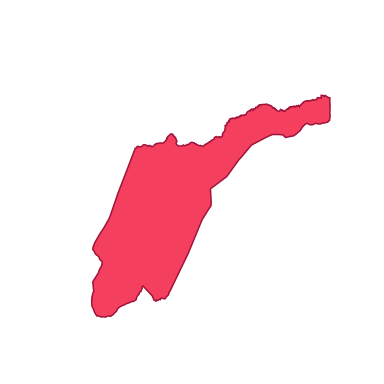 outline of Kacheliba, Rift Valley, Kenya, rotated 215°
{"feature_id": "3690345B93324860747201", "entity_name": "Kacheliba", "entity_type": "district", "adm_level": 2, "iso_a3": "KEN", "parent_name": "Kenya", "parent_adm1": "Rift Valley", "projection": "mercator", "projection_center": [35.077, 1.98], "detail": "fine", "context": "isolated", "style": "filled", "palette": "rose", "viewbox_px": 384, "rotation_deg": 215, "n_neighbors": 0, "source": "geoboundaries", "source_scale": "gbopen_adm2", "svg_char_len": 6011}
<svg xmlns="http://www.w3.org/2000/svg" viewBox="0 0 384 384"><g transform="rotate(215 192 192)"><path d="M243.5,105.9L242.6,94.7L241.3,89.7L240.8,88.6L240.0,87.9L238.2,87.3L235.4,85.8L233.7,85.6L232.8,85.7L230.7,85.3L230.0,84.9L229.3,84.0L228.1,83.9L227.9,83.7L227.4,83.5L226.2,83.6L225.5,83.1L224.1,80.8L223.5,78.4L223.5,76.3L223.0,74.1L222.3,72.2L221.9,62.8L221.7,61.4L216.9,55.8L215.7,54.7L215.4,53.0L213.7,48.5L211.0,44.2L208.8,41.5L208.3,41.1L202.4,37.4L200.2,36.4L198.5,35.9L197.4,37.0L194.6,37.5L193.7,38.5L191.1,39.9L190.8,40.3L190.3,41.5L189.6,42.4L188.8,42.9L187.8,43.1L187.5,43.3L187.2,43.8L187.0,44.8L186.5,45.7L186.1,46.5L186.3,47.5L186.2,48.3L185.8,49.2L185.4,51.1L185.9,52.9L185.9,54.2L185.2,56.5L183.8,59.3L183.0,60.3L181.3,63.4L180.4,64.5L178.7,67.3L176.9,69.2L176.0,71.8L176.9,74.1L177.1,75.1L177.1,76.3L176.9,76.9L176.8,78.1L177.4,79.5L177.4,80.0L176.8,80.9L176.8,81.3L177.6,84.6L178.3,85.2L178.3,86.9L165.4,84.2L164.3,83.7L161.2,81.7L159.6,81.8L158.9,82.0L159.1,83.0L158.6,82.9L157.8,83.6L157.5,84.3L157.6,84.8L157.3,85.4L157.1,85.5L156.3,85.5L156.3,86.8L156.4,87.0L156.3,87.3L155.8,87.7L154.9,88.1L154.1,88.3L152.9,88.9L152.8,91.9L152.3,94.0L152.5,95.2L152.8,95.6L153.3,95.9L153.1,97.5L153.3,98.9L159.9,139.6L167.8,175.0L168.5,187.1L168.5,191.6L170.7,195.0L178.7,205.2L172.4,224.5L172.1,245.5L171.5,249.7L170.2,264.6L163.0,278.6L159.2,285.1L154.3,288.6L150.3,290.9L146.7,290.3L140.7,296.6L138.6,304.2L138.7,306.9L139.0,308.5L138.5,309.7L138.2,312.4L137.2,314.1L136.3,314.5L134.5,314.5L132.4,315.7L131.4,316.9L130.5,318.6L130.0,319.1L127.0,320.5L125.6,321.6L124.3,323.7L122.8,324.8L121.4,326.7L121.0,326.9L120.8,327.7L120.7,328.5L120.4,329.2L120.6,330.1L121.4,331.2L121.7,332.2L122.6,333.7L124.3,335.7L128.1,341.5L132.5,347.1L132.8,348.1L133.8,348.0L134.9,347.5L138.2,347.5L138.2,347.0L138.0,346.8L138.1,346.5L138.3,346.4L138.9,346.8L139.4,346.1L139.6,346.2L139.8,346.1L140.6,346.1L141.0,345.8L141.1,345.4L141.6,345.2L140.2,343.2L140.8,343.1L141.2,342.4L141.6,342.3L141.7,342.1L143.2,341.5L143.3,341.4L143.3,340.9L143.0,340.5L143.3,339.9L142.9,339.6L142.9,339.3L143.2,339.2L144.0,337.8L144.6,337.6L145.0,337.1L145.7,337.1L145.9,337.0L145.8,336.7L146.2,336.5L146.4,335.8L146.6,335.8L147.5,334.9L147.5,334.3L148.1,334.2L148.2,333.6L148.4,333.4L149.2,333.5L149.6,333.2L149.6,332.9L150.3,332.2L150.5,332.4L150.8,332.3L151.1,331.4L151.7,330.9L152.2,329.7L152.1,329.3L152.4,328.6L152.2,328.2L152.5,327.7L152.9,326.1L152.7,325.1L153.1,324.6L153.0,323.7L153.9,324.1L154.3,324.1L154.2,323.6L154.3,323.4L154.8,323.4L155.0,322.8L155.6,322.7L155.4,322.3L155.9,321.6L155.9,321.2L156.3,320.7L156.8,320.8L157.1,321.2L157.6,320.4L158.2,320.4L158.4,320.2L158.3,319.4L158.6,319.2L159.2,319.1L160.2,318.5L160.6,318.0L160.6,317.6L160.8,317.2L160.6,317.2L160.7,316.8L161.0,315.9L160.5,315.8L161.2,314.7L161.5,314.9L161.6,314.7L161.8,314.0L161.8,313.5L162.1,313.1L162.3,312.5L162.2,311.3L162.3,311.1L163.6,310.6L163.5,311.1L164.3,311.0L165.2,310.7L165.6,310.8L165.9,310.4L166.7,310.4L166.6,309.9L166.8,309.5L166.9,308.3L167.0,308.0L168.2,307.3L168.8,307.6L169.3,307.4L169.7,307.4L170.3,307.8L170.6,307.5L171.5,308.0L171.9,307.7L172.4,307.9L172.5,307.6L173.2,307.3L173.4,307.3L173.5,307.8L174.3,307.4L175.9,308.0L176.0,307.9L176.4,308.0L177.2,307.7L177.8,307.9L178.6,307.3L180.3,307.1L181.3,306.7L181.6,306.6L182.6,305.3L183.2,305.2L183.9,304.6L184.9,303.7L185.0,303.2L185.7,303.0L185.7,302.2L185.9,302.0L186.6,302.1L186.8,302.1L187.0,301.7L186.9,301.1L187.3,300.5L187.3,300.2L186.8,300.1L186.7,299.7L187.0,298.6L188.2,298.3L188.3,297.9L188.0,297.6L188.3,296.7L188.1,296.2L188.7,295.9L189.1,295.6L189.0,294.0L189.4,294.2L189.9,294.5L190.6,294.3L191.2,292.9L190.6,292.4L190.6,292.2L191.7,291.5L191.9,290.5L192.5,289.8L192.6,288.4L192.3,286.4L192.4,285.8L193.3,285.2L193.3,284.7L193.9,284.6L194.0,284.2L194.3,283.9L195.5,283.4L195.6,283.1L195.4,282.7L196.1,282.5L196.4,282.3L196.4,282.1L196.0,281.4L196.0,281.1L197.0,280.3L196.9,279.5L197.3,279.0L197.7,278.9L198.1,279.2L198.3,279.1L198.2,278.1L198.5,277.8L198.9,277.9L199.0,277.8L199.1,277.5L198.9,276.7L199.1,276.5L200.0,276.4L200.5,275.9L201.4,275.7L201.4,275.2L201.8,274.6L202.8,274.1L202.7,273.0L202.8,271.5L202.6,271.0L202.1,271.3L201.9,271.1L202.3,270.6L202.4,270.0L203.0,269.2L203.0,268.6L202.8,267.8L202.1,267.4L201.9,266.9L202.1,266.4L202.9,265.6L203.0,265.2L202.3,265.0L202.1,264.7L201.7,263.6L201.1,262.9L201.1,262.1L200.4,261.6L200.2,261.0L200.1,260.3L200.5,259.4L200.4,258.9L200.5,257.9L200.0,256.8L200.0,256.2L199.2,255.6L199.2,255.2L199.4,254.5L199.5,253.5L199.9,253.0L200.2,252.9L200.7,253.2L201.7,252.8L201.7,252.3L202.2,252.0L202.5,251.6L202.8,251.4L203.8,251.4L204.5,250.5L204.6,249.8L204.9,249.3L204.1,248.2L204.7,247.2L205.3,246.4L205.4,245.5L205.9,245.0L205.9,243.6L206.6,243.1L206.7,241.9L207.2,241.3L207.4,240.2L207.9,239.8L208.0,238.9L208.6,238.4L208.7,237.1L209.1,235.7L209.3,235.5L210.4,235.4L211.7,235.0L213.0,233.9L214.6,233.8L215.6,233.3L216.5,233.8L217.4,233.3L218.3,233.6L218.7,233.1L220.6,232.7L221.7,231.3L221.5,230.4L221.7,229.7L222.2,229.3L222.6,228.4L223.4,228.0L223.7,226.5L225.1,225.6L225.9,225.6L226.1,225.5L226.6,223.9L227.8,223.1L228.3,222.6L229.5,222.0L230.2,222.1L231.0,221.9L232.2,222.1L233.2,223.1L233.2,223.5L233.1,223.9L233.4,224.4L233.6,225.0L237.0,227.2L237.4,227.1L237.9,227.3L238.5,227.1L239.2,227.3L239.6,227.5L239.7,228.0L239.9,228.0L241.0,227.9L241.8,228.1L242.0,228.0L242.8,227.2L242.9,226.2L243.2,225.4L243.3,224.5L243.6,223.7L243.6,221.6L243.4,221.4L242.8,221.2L242.7,221.0L242.9,220.3L243.2,217.2L244.3,214.8L245.3,214.5L246.4,213.8L247.8,212.3L248.7,211.6L248.6,210.9L249.4,210.5L249.6,209.6L249.8,209.3L249.8,207.5L251.0,205.9L252.0,206.1L252.9,206.0L254.1,205.2L254.2,204.4L254.4,204.2L255.0,204.1L255.6,204.3L257.6,203.7L258.3,203.3L258.7,202.9L259.2,202.0L259.3,200.6L259.7,199.8L260.4,199.1L262.0,198.7L263.1,197.8L263.0,197.5L262.6,197.1L262.6,196.3L262.9,195.7L263.6,195.4L251.9,148.5L245.3,125.5L244.6,122.3L243.6,111.5L243.5,105.9Z" fill="#f43f5e" stroke="#9f1239" stroke-width="1.5"/></g></svg>